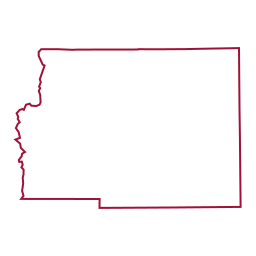 Colfax, New Mexico, United States of America (orthographic projection)
{"feature_id": "52423323B4860055459103", "entity_name": "Colfax", "entity_type": "district", "adm_level": 2, "iso_a3": "USA", "parent_name": "United States of America", "parent_adm1": "New Mexico", "projection": "orthographic", "projection_center": [-105.078, 36.607], "detail": "fine", "context": "isolated", "style": "outline", "palette": "rose", "viewbox_px": 256, "rotation_deg": 0, "n_neighbors": 0, "source": "geoboundaries", "source_scale": "gbopen_adm2", "svg_char_len": 841}
<svg xmlns="http://www.w3.org/2000/svg" viewBox="0 0 256 256"><path d="M239.0,48.1L199.5,48.8L185.1,49.1L155.6,49.3L138.5,49.2L138.3,49.4L135.1,49.5L120.9,49.5L77.2,49.6L72.5,49.8L57.5,49.2L55.0,49.2L52.0,49.2L41.3,49.2L38.7,51.9L38.7,55.9L42.7,64.6L44.6,65.5L39.8,79.3L40.8,82.2L39.1,86.6L40.2,88.1L38.8,91.0L40.2,94.9L40.6,102.5L39.5,104.7L36.3,106.0L31.3,105.7L29.7,103.7L26.0,104.7L23.8,109.9L22.4,109.0L19.6,110.0L16.6,113.3L18.3,117.0L17.7,118.8L19.7,122.3L17.8,123.9L15.9,128.1L18.6,132.0L20.0,137.8L15.4,139.6L20.1,143.6L20.9,148.0L25.0,152.0L22.1,153.7L21.6,156.3L18.8,160.0L19.3,161.9L21.8,161.6L22.7,164.8L21.4,167.4L23.6,169.6L23.5,174.7L22.7,177.5L23.2,183.5L22.1,190.8L23.5,195.8L21.2,198.9L99.6,199.0L99.5,207.9L170.3,207.5L240.6,206.9L239.9,135.6L239.5,109.0L239.0,48.1Z" fill="none" stroke="#9f1239" stroke-width="2"/></svg>